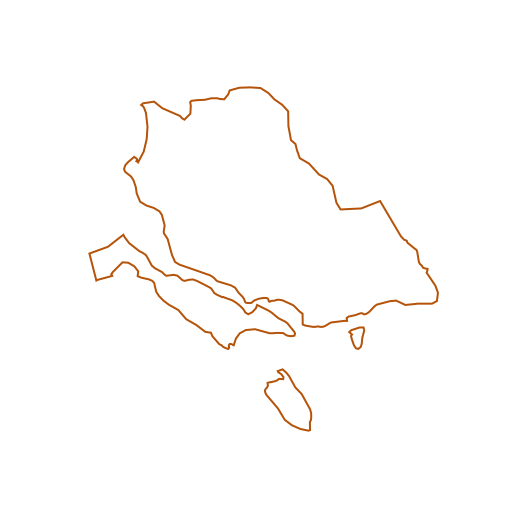 SVG path tracing the border of Çanakkale, rotated 250°
{"feature_id": "TUR-2239", "entity_name": "Çanakkale", "entity_type": "Province", "adm_level": 1, "iso_a3": "TUR", "parent_name": "Turkey", "parent_adm1": "", "projection": "equal_earth", "projection_center": [26.526, 40.093], "detail": "fine", "context": "isolated", "style": "outline", "palette": "amber", "viewbox_px": 512, "rotation_deg": 250, "n_neighbors": 0, "source": "natural_earth", "source_scale": "10m", "svg_char_len": 3685}
<svg xmlns="http://www.w3.org/2000/svg" viewBox="0 0 512 512"><g transform="rotate(250 256 256)"><path d="M265.2,391.4L225.0,398.9L220.7,400.7L218.8,402.9L216.8,402.8L208.4,407.8L206.9,408.9L204.6,408.9L194.5,407.0L192.5,407.3L190.0,408.6L187.9,408.9L186.2,411.0L185.9,411.5L185.3,412.8L184.0,412.3L182.0,410.6L166.9,414.4L159.2,414.4L151.8,410.6L151.0,405.1L155.8,392.0L158.9,379.6L166.1,372.5L167.7,366.7L169.0,352.9L168.2,350.2L164.7,343.2L163.9,340.0L164.1,337.7L165.0,336.9L165.8,336.3L166.4,334.8L166.5,328.8L167.4,322.3L166.8,320.0L163.9,319.4L164.9,316.6L167.8,304.0L167.7,302.5L166.7,297.6L166.5,295.3L167.0,293.1L168.8,289.7L169.1,287.6L169.9,285.3L173.9,278.3L175.7,276.5L185.8,280.0L188.9,278.0L195.2,275.1L197.3,273.9L205.3,265.7L207.0,262.8L207.6,260.8L207.8,257.5L208.4,256.0L208.6,255.0L208.4,253.9L208.4,253.0L209.0,252.6L211.1,252.7L212.1,252.4L212.9,251.6L214.1,248.5L214.9,244.0L214.8,239.2L213.5,235.5L214.8,231.8L215.8,230.3L217.1,230.0L219.5,230.1L222.1,229.5L227.1,227.2L233.4,225.5L237.0,222.4L245.4,211.2L247.1,210.1L248.8,209.5L251.3,208.1L253.7,206.1L274.1,181.1L278.1,177.9L285.9,177.4L302.3,178.8L308.8,177.2L310.9,177.8L315.9,180.6L326.7,181.6L330.9,180.6L336.2,176.3L340.8,170.4L346.6,165.7L355.5,165.3L361.9,166.6L369.2,166.8L373.4,165.8L379.9,161.8L382.8,161.7L386.0,164.2L387.9,167.7L390.8,175.4L388.2,177.2L386.9,177.2L386.0,176.1L385.7,176.5L384.3,177.2L392.5,186.2L403.1,193.2L414.4,198.2L427.9,201.5L433.2,201.5L435.3,201.1L437.2,199.8L438.1,202.1L435.9,213.0L426.8,218.6L413.6,232.5L410.7,233.6L408.6,235.4L412.2,243.0L419.7,246.2L423.0,246.7L423.9,248.4L422.8,253.2L420.3,261.3L419.5,267.9L417.4,273.7L416.0,275.6L414.1,279.7L417.4,285.2L420.6,287.9L419.8,298.0L416.4,308.3L412.3,317.7L404.9,323.4L396.8,326.9L389.2,332.3L381.0,335.7L367.0,330.9L352.9,328.5L347.7,331.4L341.7,330.7L332.9,330.6L324.8,337.4L311.0,343.1L303.9,349.2L295.8,352.0L278.5,349.8L270.8,351.4L264.7,371.2L265.2,391.4ZM321.3,138.6L318.7,139.0L311.5,141.2L300.5,148.0L297.6,150.7L294.3,153.0L282.6,154.8L279.0,156.9L272.9,162.3L270.3,163.4L268.1,164.9L266.4,172.3L264.4,175.4L258.3,178.7L257.0,180.6L256.6,184.8L255.5,188.8L252.6,192.2L242.2,201.8L240.8,202.8L235.3,204.2L232.8,206.2L228.7,210.4L228.7,211.3L227.7,212.2L222.7,218.3L219.3,221.1L214.9,223.8L210.4,225.9L206.5,226.7L203.9,228.8L204.5,233.4L206.9,238.0L209.6,240.3L200.5,249.0L197.7,251.2L190.1,255.6L184.3,261.0L182.0,262.5L171.8,266.0L169.8,266.2L168.0,264.9L168.5,261.9L170.0,258.9L171.1,257.5L174.3,255.1L176.4,249.9L177.9,244.6L178.9,242.2L187.5,230.1L189.9,221.1L188.9,214.3L185.3,208.9L179.7,204.5L181.6,202.8L182.3,201.2L181.4,199.9L179.0,199.4L178.1,198.2L179.9,195.9L182.3,193.7L183.6,193.3L185.8,191.3L195.5,187.6L199.3,187.4L202.1,182.4L211.6,176.3L220.5,168.8L231.7,164.6L240.1,157.4L245.5,153.9L251.4,151.2L256.6,150.0L265.5,151.1L268.2,150.0L270.8,147.2L274.7,141.0L277.5,137.9L281.9,140.1L288.0,138.1L293.4,133.6L295.7,128.4L289.9,116.0L288.4,113.8L286.5,114.1L286.6,112.8L287.8,98.2L287.6,97.6L315.3,100.3L315.3,120.0L321.3,138.6ZM140.4,237.1L140.4,242.2L136.2,244.5L131.9,246.0L119.1,248.0L110.7,251.7L93.5,254.4L89.5,254.1L84.9,252.5L82.7,251.2L81.7,249.9L73.9,247.2L73.9,245.6L78.3,238.5L84.6,231.9L92.2,227.0L105.2,224.5L121.6,218.4L124.0,218.0L126.4,218.3L127.6,219.4L128.6,221.3L130.1,222.9L132.8,223.4L132.8,225.1L132.3,227.2L131.9,230.4L131.9,233.5L132.7,235.5L131.0,239.4L132.9,240.4L136.4,239.3L139.2,237.1L140.4,237.1ZM149.4,319.4L152.6,317.6L153.7,320.1L153.4,328.8L152.1,332.6L149.1,332.3L142.9,328.0L137.3,325.3L134.7,323.3L133.7,320.3L135.2,318.3L138.7,317.5L145.5,317.6L146.7,317.8L147.6,317.8L148.5,318.1L149.4,319.4Z" fill="none" stroke="#b45309" stroke-width="2"/></g></svg>